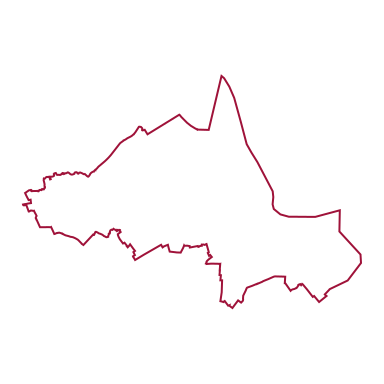 outline of Eemsdelta, Groningen, Netherlands
{"feature_id": "6326949B5414348034711", "entity_name": "Eemsdelta", "entity_type": "district", "adm_level": 2, "iso_a3": "NLD", "parent_name": "Netherlands", "parent_adm1": "Groningen", "projection": "orthographic", "projection_center": [6.777, 53.348], "detail": "fine", "context": "isolated", "style": "outline", "palette": "rose", "viewbox_px": 384, "rotation_deg": 0, "n_neighbors": 0, "source": "geoboundaries", "source_scale": "gbopen_adm2", "svg_char_len": 5744}
<svg xmlns="http://www.w3.org/2000/svg" viewBox="0 0 384 384"><path d="M135.1,260.0L143.7,254.8L161.1,244.8L162.6,247.4L163.2,247.0L163.6,246.5L164.3,246.3L165.1,245.9L167.9,244.8L168.4,247.0L169.7,251.6L175.8,252.3L176.1,252.4L180.7,252.6L181.6,250.8L182.4,249.4L182.8,248.5L183.3,247.6L184.1,245.4L184.3,245.7L184.5,245.8L186.6,245.7L187.2,245.7L189.7,246.1L189.8,247.5L190.0,247.5L197.8,246.0L198.1,246.8L198.7,246.9L199.3,246.4L200.2,245.9L200.4,245.9L200.4,246.0L200.5,246.0L201.2,245.7L201.7,245.8L201.8,244.5L202.1,244.5L202.5,244.7L203.5,244.5L204.4,244.9L204.6,244.8L205.0,244.8L205.4,244.5L206.2,244.1L206.5,244.0L208.8,252.2L207.8,252.9L209.1,255.9L210.2,255.0L211.8,257.0L208.3,259.7L206.9,261.1L206.5,261.8L206.5,262.4L206.3,262.8L206.1,263.2L206.6,263.2L206.6,264.0L210.4,263.7L212.5,263.7L214.4,263.7L219.5,263.8L219.5,264.1L219.7,264.5L220.2,264.2L219.7,270.4L219.9,270.4L219.5,275.0L220.9,275.2L220.4,280.3L222.1,280.3L221.7,292.3L220.4,301.2L221.7,301.5L222.6,301.8L223.3,302.0L223.3,301.9L224.7,301.0L228.2,305.7L229.2,305.3L229.1,305.5L232.4,308.0L238.1,300.4L241.1,302.6L242.7,301.0L243.0,300.3L243.1,299.8L243.1,299.0L243.0,298.3L243.1,297.5L243.2,295.7L245.7,290.6L246.4,288.8L246.8,288.0L247.2,287.6L252.0,285.9L257.3,283.7L257.3,283.9L262.4,281.7L263.1,281.2L267.0,279.6L267.6,279.4L273.7,276.7L274.4,276.5L275.1,276.4L283.4,276.6L285.2,276.7L284.8,283.1L285.2,283.1L290.6,290.8L291.2,290.1L291.5,289.9L292.6,289.4L294.6,288.9L295.9,288.2L296.6,287.7L296.7,287.8L297.3,287.1L297.6,286.5L298.5,285.4L298.3,285.0L298.8,284.6L300.2,284.1L301.1,285.2L302.1,283.9L302.9,284.5L307.0,289.4L312.8,296.9L314.1,296.0L319.1,302.0L326.5,296.0L325.5,295.2L324.8,294.4L325.2,294.0L329.3,289.7L329.6,289.2L347.7,280.5L361.0,263.0L360.5,254.5L339.4,231.5L339.8,210.3L315.2,216.9L288.7,216.7L280.4,214.4L273.8,209.0L272.6,204.3L273.3,197.1L272.7,191.3L257.4,162.1L251.4,152.5L246.7,144.2L240.9,122.2L234.2,97.9L229.3,86.6L224.1,78.2L221.5,76.0L208.7,129.9L197.9,129.6L197.6,129.4L197.4,129.7L195.8,128.7L195.6,128.7L192.2,126.6L191.0,125.9L187.6,123.2L187.1,122.8L182.6,118.3L182.5,118.1L181.6,117.3L179.8,115.1L179.3,114.7L147.5,134.3L144.7,129.8L143.6,130.2L143.0,130.2L142.6,130.4L142.4,130.4L142.1,130.2L142.1,129.6L142.3,129.3L142.3,129.0L142.3,128.5L142.0,128.0L141.5,127.6L141.3,127.2L140.8,126.9L140.0,126.8L139.3,126.7L138.9,126.8L135.4,132.2L134.7,133.1L133.8,134.1L133.8,134.3L133.5,134.4L132.0,135.7L130.6,136.6L127.4,138.2L126.0,139.2L125.2,139.7L123.6,140.4L123.6,140.6L120.3,143.0L119.6,143.8L110.8,155.1L108.4,157.8L106.6,159.6L104.8,161.3L98.4,166.7L96.8,168.6L95.3,169.9L95.4,170.2L95.4,170.3L95.2,170.3L95.0,170.1L94.3,170.8L93.9,171.5L93.7,171.4L92.8,171.8L91.9,172.3L91.2,172.8L90.4,173.6L89.8,174.8L89.2,175.7L88.6,176.4L88.1,176.7L87.2,176.2L84.8,174.0L84.6,174.1L84.0,174.2L83.5,174.1L82.4,173.4L80.2,172.5L79.2,172.7L78.5,173.6L78.2,173.7L77.6,173.4L77.0,172.5L76.8,172.4L76.2,172.2L75.2,172.4L74.9,172.5L74.5,173.0L74.4,173.2L74.4,173.7L74.2,173.9L72.6,174.5L71.7,174.6L70.9,174.4L70.3,174.1L69.2,173.1L68.3,172.5L67.7,172.4L67.4,172.5L66.8,173.0L66.4,173.2L65.7,173.2L64.5,173.8L64.2,173.3L63.0,173.1L62.9,174.0L62.5,173.9L62.1,173.4L61.2,174.2L61.0,174.6L60.0,175.0L59.1,174.8L57.2,174.9L56.8,174.7L55.8,173.0L55.4,173.1L54.3,173.4L54.1,173.7L53.8,174.0L53.9,174.4L54.1,175.0L54.1,175.7L53.8,176.0L53.3,176.3L52.4,176.6L51.5,176.7L50.2,176.7L49.9,176.7L50.7,179.2L50.1,179.4L49.3,176.9L48.9,176.9L48.6,176.9L47.9,177.0L47.0,176.9L46.6,177.0L45.9,177.4L44.7,178.7L44.2,178.8L43.8,178.6L43.7,179.0L43.8,179.6L43.7,180.2L43.7,180.4L43.7,180.7L43.9,181.2L44.6,184.3L44.5,185.0L44.5,186.2L44.9,186.7L45.0,186.9L45.0,187.0L44.9,187.8L44.7,188.1L44.4,188.2L44.1,188.3L44.0,188.5L43.9,188.7L44.0,189.1L43.8,189.4L43.6,189.4L42.8,189.3L42.5,189.1L42.1,189.0L41.7,189.4L41.7,189.5L41.8,189.8L41.5,190.1L41.0,190.1L40.6,189.9L40.3,189.9L39.5,190.0L38.9,190.5L38.8,191.1L38.6,191.3L37.7,191.2L37.3,190.9L37.0,190.9L36.3,191.0L33.7,191.0L31.5,191.2L31.3,191.1L31.2,190.9L31.2,190.7L31.5,190.3L31.4,190.1L31.0,189.9L30.5,190.1L29.6,190.2L29.0,190.3L25.1,193.0L25.6,193.9L25.6,194.2L27.4,197.8L27.6,198.1L28.6,200.1L30.6,199.7L31.0,203.1L28.2,203.5L26.0,204.0L24.9,204.1L24.0,204.3L23.0,204.5L23.1,204.9L23.3,205.1L23.7,205.1L23.7,205.3L23.9,205.4L26.3,205.0L28.7,211.5L28.9,211.6L30.9,210.5L33.8,210.9L34.0,210.8L34.9,212.8L35.3,213.4L36.6,215.9L36.1,216.8L35.7,217.9L35.7,218.0L36.2,219.1L36.3,219.0L40.0,227.2L45.7,227.2L46.1,227.2L46.3,227.1L46.8,227.1L50.8,227.2L51.1,227.0L53.7,232.6L54.3,234.0L55.1,233.8L56.8,233.0L57.6,232.9L57.8,233.0L58.2,232.8L58.8,232.7L59.4,232.7L61.1,233.2L62.3,233.8L62.4,233.6L62.9,233.9L62.9,234.0L63.2,234.2L65.4,235.3L68.5,236.1L70.5,236.8L71.9,237.0L73.2,237.3L75.4,238.3L77.7,239.6L78.5,240.3L81.6,243.5L81.7,243.8L82.6,244.4L83.4,245.0L93.2,234.5L93.8,235.0L94.1,234.9L95.3,232.1L95.6,231.9L95.9,231.8L97.6,232.5L98.7,233.3L100.3,233.8L102.3,234.7L102.7,235.0L103.6,235.7L104.0,236.1L104.5,236.2L105.5,236.8L106.4,237.2L106.8,237.1L107.3,237.1L108.2,236.8L108.2,236.7L108.2,236.1L108.3,235.6L108.8,234.6L108.9,234.3L108.9,234.0L108.8,233.8L109.2,233.4L109.8,233.4L110.0,232.7L109.8,232.1L110.0,231.4L110.2,230.8L110.4,230.4L111.1,229.9L111.4,229.7L111.7,229.7L112.4,229.9L113.5,228.8L114.1,229.3L114.9,229.6L115.3,229.8L116.5,230.8L116.6,230.5L117.1,230.8L117.3,230.4L117.4,230.1L117.4,229.9L119.2,230.4L119.4,229.9L119.8,230.0L119.5,230.8L120.0,231.0L120.3,231.2L120.5,231.6L120.6,232.1L120.4,232.2L117.8,234.2L117.9,235.0L118.6,236.9L119.8,239.2L123.0,243.5L124.5,242.7L127.2,246.1L126.9,246.3L127.7,247.3L128.9,246.0L130.1,244.3L133.2,248.6L135.0,250.9L133.4,252.1L134.9,255.1L133.0,256.3L133.4,257.3L134.1,258.2L135.1,260.0Z" fill="none" stroke="#9f1239" stroke-width="2"/></svg>